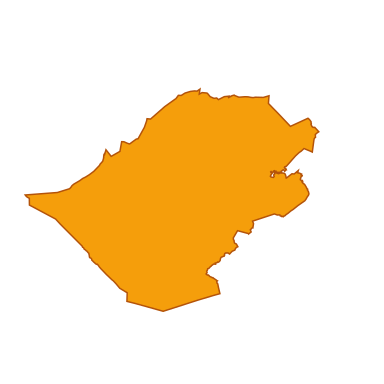 Ocuilan, México, Mexico (Natural Earth projection), rotated 233°
{"feature_id": "50627088B51709543913747", "entity_name": "Ocuilan", "entity_type": "district", "adm_level": 2, "iso_a3": "MEX", "parent_name": "Mexico", "parent_adm1": "México", "projection": "natural_earth1", "projection_center": [-99.429, 19.001], "detail": "fine", "context": "isolated", "style": "filled", "palette": "amber", "viewbox_px": 384, "rotation_deg": 233, "n_neighbors": 0, "source": "geoboundaries", "source_scale": "gbopen_adm2", "svg_char_len": 5886}
<svg xmlns="http://www.w3.org/2000/svg" viewBox="0 0 384 384"><g transform="rotate(233 192 192)"><path d="M279.4,54.3L252.5,66.8L245.4,67.5L215.0,71.7L214.8,71.7L214.2,71.5L213.9,71.4L213.7,71.4L213.4,71.6L213.2,71.7L212.6,71.8L212.3,71.8L211.9,71.7L211.3,71.5L211.1,71.6L209.6,72.1L209.3,72.1L208.9,72.1L208.2,72.4L207.3,72.5L206.4,72.5L205.6,72.6L205.4,72.7L205.1,72.7L204.2,72.2L203.5,72.0L202.7,71.4L201.7,71.1L201.6,70.9L201.2,70.8L200.6,71.1L200.1,71.4L199.5,71.5L198.8,71.5L198.0,71.0L195.9,71.3L195.4,71.3L194.3,71.6L192.7,71.8L191.5,72.4L191.3,72.9L191.2,72.9L189.5,73.0L187.7,72.9L186.9,73.0L185.9,73.0L183.7,73.3L177.6,74.0L175.3,74.4L170.2,75.2L168.4,75.7L164.5,76.1L158.5,76.4L150.5,79.6L143.8,74.2L137.1,79.6L114.1,97.2L102.0,131.9L96.6,146.5L94.0,153.1L99.9,155.7L103.2,157.3L104.0,157.1L105.8,158.0L105.8,158.8L106.5,158.5L107.1,158.4L109.9,157.4L110.3,157.3L110.7,157.2L110.9,157.2L111.1,156.8L111.5,156.5L112.0,156.5L113.0,155.8L113.6,155.5L114.2,155.3L115.1,155.3L115.2,155.2L115.7,155.0L116.0,155.0L116.1,154.6L117.3,154.0L118.0,153.9L118.2,154.1L118.2,154.4L118.4,155.1L118.5,155.5L120.0,156.1L120.3,157.2L121.3,158.4L121.0,159.0L120.9,159.4L120.9,159.9L121.1,160.8L121.3,161.9L121.2,162.5L121.5,163.4L121.4,164.1L121.5,164.7L121.4,165.0L121.5,165.6L121.4,165.8L121.2,166.3L120.8,166.6L120.5,167.2L120.3,167.2L120.2,167.5L120.5,167.6L120.8,167.8L120.9,168.0L121.1,168.0L120.9,168.4L120.8,168.6L120.6,169.2L120.5,169.7L120.7,170.2L120.2,170.5L120.1,170.9L120.0,171.7L120.1,172.5L120.4,173.1L120.4,173.3L120.5,173.4L121.2,174.1L121.8,174.9L122.3,175.8L122.3,176.3L121.9,177.3L121.8,177.9L121.8,178.3L121.5,178.8L121.4,179.2L121.8,179.6L121.9,180.0L122.1,180.2L122.4,180.2L123.1,181.0L123.1,181.5L123.1,181.8L122.9,182.3L122.9,182.5L122.5,183.0L122.2,183.1L122.0,183.7L121.7,183.9L121.3,184.3L120.6,184.4L119.9,184.6L119.9,185.2L120.1,185.8L120.4,187.9L120.5,188.4L120.4,189.0L120.2,189.5L120.1,190.2L119.9,190.9L119.8,191.1L120.2,191.9L120.4,192.1L121.0,193.8L120.9,194.5L120.7,195.7L123.4,196.1L124.2,196.0L124.7,195.6L125.5,195.3L125.8,195.3L127.2,195.9L127.9,196.4L128.6,196.5L129.0,196.5L129.4,196.6L129.9,197.0L130.5,197.4L133.7,205.1L124.6,212.2L124.4,212.1L124.5,215.2L126.7,215.8L126.7,216.6L127.0,217.2L127.1,217.9L127.0,218.6L127.2,219.1L126.9,219.2L129.7,222.1L132.3,222.8L124.9,244.6L122.4,246.2L120.8,248.4L119.9,248.1L119.7,248.3L119.2,248.5L119.0,248.9L118.5,248.8L118.2,249.1L118.0,249.8L117.5,249.9L117.7,250.2L117.3,250.8L117.4,251.1L117.1,252.2L117.2,252.7L117.3,252.9L117.3,253.2L117.3,254.0L117.2,256.0L117.4,259.3L117.2,262.3L117.4,268.4L117.1,276.8L117.6,278.6L118.7,281.0L119.3,283.0L119.8,283.8L120.2,284.3L122.2,285.2L124.2,285.4L124.4,285.9L124.8,286.1L125.5,285.8L126.0,285.8L126.5,286.1L128.3,286.3L130.1,286.5L130.9,286.4L131.6,286.0L132.8,285.9L133.6,285.9L134.2,286.1L134.1,286.3L133.7,286.7L134.0,286.9L134.8,287.0L134.9,286.4L135.0,286.4L135.3,286.5L136.3,285.9L137.1,286.2L137.7,287.3L138.4,287.8L138.4,288.1L138.5,289.4L138.7,289.9L139.0,290.0L140.0,289.3L140.4,289.6L140.5,290.2L142.0,289.4L143.0,288.7L143.2,288.3L144.0,287.8L144.2,288.0L144.5,288.5L144.5,288.8L144.8,289.3L145.2,289.8L144.9,284.5L146.4,282.8L146.4,279.7L146.3,276.6L146.4,275.7L146.5,275.6L146.9,275.9L148.7,276.7L149.6,277.0L150.3,277.2L151.1,277.0L151.5,276.8L152.7,275.8L153.4,274.7L153.8,274.8L153.8,274.5L154.2,273.8L154.2,273.2L154.5,272.2L155.2,271.7L155.5,271.4L156.0,271.2L156.7,270.5L156.8,270.6L157.6,270.3L157.6,269.8L157.6,269.7L157.3,269.1L156.9,268.9L156.6,268.7L156.5,267.6L156.1,267.3L155.3,267.1L155.1,267.1L154.9,266.9L154.9,266.7L154.6,265.8L156.3,264.2L157.3,264.0L157.7,264.5L157.7,264.8L157.8,265.0L158.1,265.1L158.2,265.4L158.2,265.6L158.5,266.7L158.6,266.8L158.8,267.6L159.5,267.4L160.1,266.8L160.7,266.9L160.8,267.5L160.2,267.6L159.5,268.0L159.2,268.6L159.2,268.9L159.1,269.3L158.9,269.2L158.8,269.4L158.8,269.6L159.6,269.8L159.6,270.0L159.4,270.7L158.6,270.8L158.3,270.8L158.1,271.6L157.2,271.4L156.1,272.3L155.4,273.2L154.2,275.2L154.5,275.2L154.8,275.6L154.9,276.2L154.7,276.6L154.9,277.1L154.9,277.9L154.8,278.2L154.6,278.5L154.2,278.6L153.9,278.5L153.6,278.5L153.2,278.6L152.8,278.5L152.8,278.8L152.8,279.2L153.2,280.4L153.0,280.7L153.8,280.9L153.7,280.6L154.2,280.6L154.6,280.6L154.9,280.5L155.2,280.6L155.4,280.5L155.6,280.8L156.0,280.7L156.1,281.1L156.3,281.2L155.8,282.9L157.0,289.1L157.4,290.9L158.5,296.3L159.0,300.9L159.0,302.3L158.9,303.6L159.3,307.6L153.2,311.2L151.5,312.1L152.6,313.2L160.0,320.5L160.9,321.5L161.4,322.7L161.4,323.0L161.3,323.5L163.7,325.1L163.9,327.3L163.8,329.5L169.2,329.0L169.5,328.8L169.8,328.9L170.3,328.2L170.8,327.5L171.3,327.5L171.7,327.3L172.1,327.2L172.6,327.3L173.1,327.5L173.7,327.6L174.2,327.6L174.5,327.9L174.6,328.3L174.9,328.5L175.5,328.6L175.8,328.9L176.0,329.1L176.3,329.3L176.7,329.4L179.3,329.4L181.1,329.0L185.2,310.1L202.6,308.1L216.7,306.3L222.5,311.4L224.6,305.9L229.6,299.6L230.6,297.6L232.4,295.7L234.1,294.2L236.1,291.8L239.5,286.5L243.6,284.0L243.8,284.1L244.0,284.0L244.8,282.0L244.8,281.4L245.0,281.2L244.9,280.5L245.2,279.6L245.3,278.3L245.3,278.1L245.6,278.1L245.7,278.3L245.6,279.5L246.0,279.7L248.7,275.2L249.9,268.7L252.2,268.3L253.6,265.9L257.2,263.9L261.6,263.7L262.4,263.1L265.3,259.9L265.8,256.7L269.4,260.3L269.5,256.8L271.3,254.7L273.3,251.2L275.2,246.0L275.6,241.5L277.4,239.3L276.2,235.3L276.3,234.4L276.6,221.6L275.2,202.8L277.6,200.2L276.0,198.4L272.3,192.9L267.0,181.0L267.8,179.3L267.9,171.3L268.1,170.9L270.0,169.6L272.9,168.0L273.6,167.3L274.5,166.1L267.8,158.9L269.1,148.9L277.5,148.7L274.7,145.0L275.2,145.0L274.8,144.1L272.8,142.2L272.6,142.2L270.3,139.2L269.8,136.7L269.6,135.5L268.9,134.1L267.6,126.0L267.6,125.8L267.6,120.4L268.0,115.9L268.6,112.8L268.6,109.3L269.4,102.4L269.3,100.1L268.6,98.0L268.3,96.2L272.6,84.2L290.0,57.0L288.7,57.0L287.5,57.2L286.8,57.4L284.9,58.3L279.4,54.3Z" fill="#f59e0b" stroke="#b45309" stroke-width="1.5"/></g></svg>